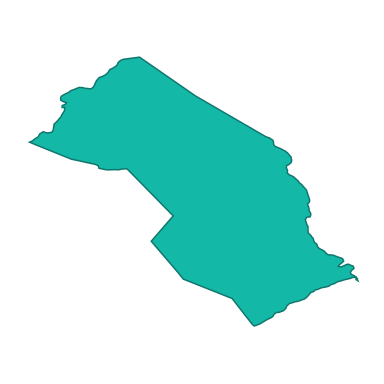 the district of Marcionílio Souza, Bahia, Brazil, rotated 85°
{"feature_id": "56859067B20080017614460", "entity_name": "Marcionílio Souza", "entity_type": "district", "adm_level": 2, "iso_a3": "BRA", "parent_name": "Brazil", "parent_adm1": "Bahia", "projection": "equal_earth", "projection_center": [-40.653, -13.154], "detail": "fine", "context": "isolated", "style": "filled", "palette": "teal", "viewbox_px": 384, "rotation_deg": 85, "n_neighbors": 0, "source": "geoboundaries", "source_scale": "gbopen_adm2", "svg_char_len": 2675}
<svg xmlns="http://www.w3.org/2000/svg" viewBox="0 0 384 384"><g transform="rotate(85 192 192)"><path d="M144.9,110.1L143.4,113.6L96.5,180.3L53.1,232.5L53.8,248.7L54.8,251.9L56.6,254.3L58.9,255.5L60.4,257.4L61.7,260.0L62.8,263.0L64.2,264.3L65.7,265.3L67.5,267.6L69.0,270.9L69.8,274.3L71.4,276.1L73.1,277.7L74.9,278.7L76.5,279.6L78.5,280.7L79.8,282.3L80.5,284.7L79.7,286.9L79.5,289.3L78.5,291.7L78.0,295.1L78.8,298.1L79.8,300.9L80.4,303.7L82.1,306.5L83.1,309.2L84.2,311.9L85.4,314.0L87.0,314.7L89.2,314.7L91.1,311.7L92.0,309.3L93.5,310.4L94.6,313.8L96.6,314.0L96.6,311.5L98.6,311.7L100.5,312.3L102.3,313.9L104.1,315.2L105.6,315.9L107.5,317.9L109.3,319.7L110.7,321.3L112.3,323.4L114.5,324.0L116.9,324.5L118.5,325.0L120.0,326.2L120.5,328.3L120.6,331.3L119.0,335.0L120.9,338.7L123.7,340.4L125.2,343.6L127.3,346.7L128.2,349.5L131.7,342.9L148.7,309.5L154.3,291.6L156.0,286.0L157.5,283.2L160.3,282.6L161.5,278.5L162.2,276.2L162.6,274.0L162.8,270.3L163.0,266.2L163.5,263.8L163.2,260.6L163.0,257.3L163.3,254.7L168.6,250.3L214.2,212.8L216.7,215.4L219.4,218.2L237.5,236.9L270.4,213.4L278.0,208.3L280.1,204.1L294.6,175.2L301.6,161.3L312.0,154.6L329.4,143.3L330.9,141.7L330.2,138.9L329.2,135.5L327.7,132.6L326.4,129.9L325.4,127.8L324.4,124.8L323.0,122.2L321.3,121.3L319.5,118.8L319.4,115.5L318.4,111.7L317.2,109.9L315.9,108.5L313.9,107.6L311.5,104.5L311.0,101.4L310.3,98.7L310.2,96.5L309.6,93.9L309.0,91.8L308.6,89.8L307.6,87.9L305.9,85.8L304.2,84.1L302.4,82.4L301.8,79.5L300.4,77.9L299.8,74.7L298.7,71.4L298.3,67.2L297.8,64.0L296.4,61.7L295.8,58.7L295.0,56.7L294.0,54.5L293.6,51.6L292.8,48.2L292.4,45.6L291.9,41.9L291.0,39.1L291.8,35.6L289.4,37.8L288.0,40.5L285.7,41.3L283.9,39.7L282.2,37.3L280.0,37.8L278.7,40.5L277.5,42.7L277.8,44.8L278.6,46.6L279.6,50.0L278.9,52.8L277.2,51.4L275.8,49.1L274.1,46.9L271.4,47.9L270.3,50.4L269.3,52.7L267.2,56.9L266.4,61.7L265.0,63.5L263.6,64.5L262.1,65.8L260.7,68.0L259.4,70.1L257.5,71.7L254.7,72.3L252.8,74.4L250.9,75.0L248.7,75.3L247.2,76.6L245.6,77.4L243.1,79.7L240.0,79.8L238.1,79.6L236.4,79.5L234.8,80.3L232.5,80.9L229.3,81.5L227.1,79.8L227.0,76.4L224.9,75.6L223.0,75.8L221.5,76.8L219.7,76.9L218.0,76.9L216.3,77.4L214.2,78.0L212.2,75.9L210.3,75.5L208.2,75.9L206.6,76.4L204.5,76.8L201.6,77.5L200.0,77.8L198.2,79.2L195.8,80.9L193.6,82.6L192.1,84.3L190.2,85.3L187.9,87.5L185.8,89.4L184.3,91.7L183.3,93.8L181.2,95.4L178.6,95.0L176.1,95.9L173.9,95.4L173.0,92.9L171.3,90.7L169.1,89.9L167.1,90.2L165.5,90.4L163.6,91.9L161.6,93.2L159.3,95.6L158.1,97.6L157.0,99.2L155.5,101.9L153.8,105.3L151.8,106.5L149.1,106.5L147.5,106.9L146.3,108.5L144.9,110.1ZM291.8,35.6L293.6,36.2L294.8,34.5L291.8,35.6Z" fill="#14b8a6" stroke="#0f766e" stroke-width="1.5"/></g></svg>